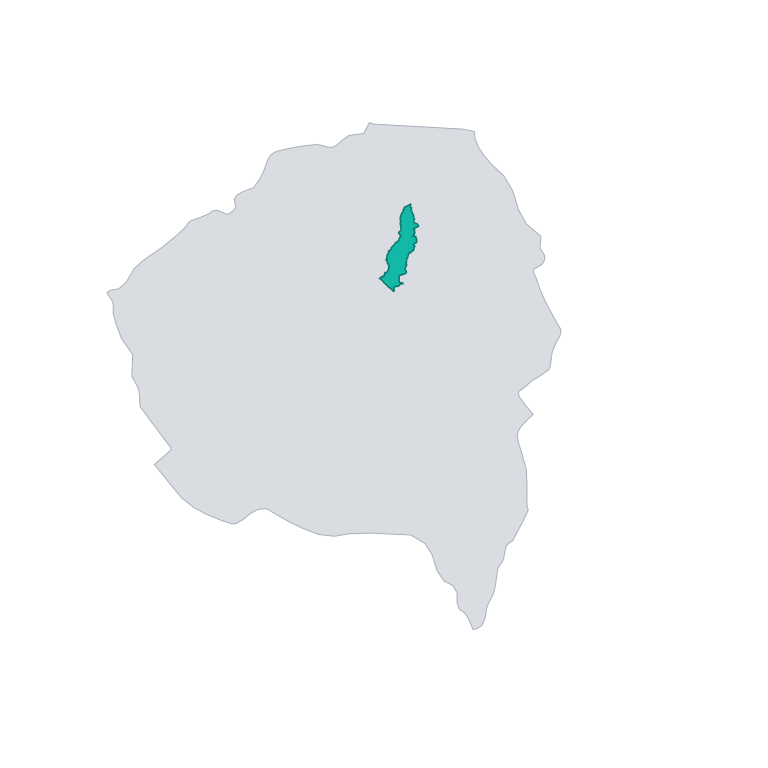 Chivi, Masvingo, Zimbabwe shown in context, rotated 231°
{"feature_id": "62879985B12004776276546", "entity_name": "Chivi", "entity_type": "district", "adm_level": 2, "iso_a3": "ZWE", "parent_name": "Zimbabwe", "parent_adm1": "Masvingo", "projection": "mercator", "projection_center": [30.666, -20.5], "detail": "fine", "context": "in_parent", "style": "filled", "palette": "teal", "viewbox_px": 768, "rotation_deg": 231, "n_neighbors": 0, "source": "geoboundaries", "source_scale": "gbopen_adm2", "svg_char_len": 7685}
<svg xmlns="http://www.w3.org/2000/svg" viewBox="0 0 768 768"><g transform="rotate(231 384 384)"><path d="M523.2,613.1L517.4,609.2L509.4,606.6L499.3,605.4L486.2,605.9L470.1,608.1L452.9,605.5L434.4,598.1L419.1,595.4L400.8,598.7L400.0,598.7L396.8,596.2L391.8,590.8L383.5,589.9L381.2,588.6L379.3,586.6L378.1,584.0L377.6,581.2L379.0,572.3L378.2,571.3L376.0,570.2L371.4,569.2L360.5,565.2L346.6,561.3L324.2,557.0L315.5,555.9L313.5,554.6L310.9,551.3L306.6,541.1L302.6,534.4L292.9,524.1L291.4,520.9L291.9,512.7L292.6,506.1L293.6,500.5L293.1,495.2L293.0,488.7L293.3,484.3L292.0,482.4L288.5,481.1L278.5,480.5L266.5,480.8L266.1,474.2L264.9,463.9L262.7,458.0L259.9,455.0L254.4,451.8L243.2,447.4L227.9,440.8L214.8,431.0L199.9,418.8L195.2,416.7L189.7,405.2L181.3,385.7L181.8,379.2L180.6,376.0L172.4,366.4L170.6,361.4L169.1,356.4L156.1,342.4L151.7,336.3L148.4,328.4L145.0,322.2L142.2,319.6L138.5,315.4L135.9,310.5L134.7,306.9L135.7,302.0L137.0,298.7L149.3,302.2L156.1,302.5L161.4,300.8L167.9,303.0L175.7,309.4L184.2,310.6L193.4,306.6L205.8,307.8L221.4,314.1L234.4,315.4L249.8,309.8L263.6,294.3L276.5,279.8L289.3,263.0L297.0,249.5L308.2,238.5L323.0,230.0L338.2,222.9L361.3,214.1L365.9,206.9L367.4,199.0L367.4,188.1L368.6,181.0L371.0,177.8L374.9,175.3L379.8,172.0L395.1,163.7L407.8,158.4L423.3,155.0L440.3,154.9L456.7,154.9L466.0,154.9L466.2,165.4L466.9,177.2L468.7,178.3L481.0,178.6L500.8,179.4L519.9,180.2L532.0,188.8L536.1,190.6L548.8,192.9L564.9,207.2L584.4,208.6L597.7,213.0L609.5,218.0L616.3,223.9L620.7,225.2L626.6,225.6L629.5,226.2L628.9,230.4L624.9,237.6L625.4,248.0L630.9,262.3L631.6,274.8L629.9,296.8L630.0,318.2L630.6,325.8L631.5,330.9L632.6,333.7L632.4,336.8L629.1,345.8L626.5,355.3L626.4,359.1L625.4,361.8L623.5,364.1L615.0,368.5L613.6,371.2L613.6,376.1L614.7,380.3L617.9,381.8L621.7,384.1L623.2,387.2L623.2,390.5L622.0,396.5L618.6,406.5L622.0,418.0L625.8,425.5L631.1,434.2L633.3,439.5L633.1,443.3L632.4,447.1L624.5,462.9L618.8,472.8L611.9,483.3L602.7,490.0L600.3,493.2L599.4,496.8L599.7,504.7L599.3,513.1L591.4,525.9L596.3,536.9L595.2,537.9L592.5,539.5L581.2,551.9L569.8,564.5L561.5,573.7L552.0,584.2L541.3,595.9L532.2,606.0L523.2,613.1Z" fill="#d9dde1" stroke="#a8b0b8" stroke-width="1"/><path d="M508.5,511.1L508.4,511.0L508.2,511.0L508.1,510.9L507.8,510.3L507.5,509.9L507.5,509.7L507.2,509.4L507.4,509.2L507.4,508.6L507.3,508.4L507.1,508.4L506.9,508.6L506.7,508.8L506.0,507.0L505.9,506.7L505.8,506.3L505.7,505.6L505.5,505.1L504.8,503.9L504.7,503.9L504.3,502.9L504.1,502.7L503.8,502.2L503.2,501.4L502.6,501.2L502.3,500.7L502.1,500.6L501.7,500.1L501.2,499.8L500.7,499.5L500.4,499.4L500.2,499.4L499.9,499.7L499.7,499.8L499.7,499.7L499.5,499.2L499.4,498.9L499.3,498.6L498.6,497.7L497.9,497.1L497.6,497.0L497.0,497.4L496.8,497.4L496.5,497.1L496.3,496.8L496.1,496.2L495.9,496.0L495.4,495.7L494.7,495.4L494.3,495.1L493.7,494.8L493.4,494.5L492.8,494.2L492.7,493.9L492.7,493.4L492.6,493.1L492.6,492.2L492.7,491.5L492.5,491.1L492.5,490.7L492.4,490.5L492.0,490.6L491.8,490.5L491.3,490.2L491.2,490.2L490.5,490.3L490.3,490.3L490.1,490.1L489.8,490.1L489.6,490.1L489.4,490.4L489.2,490.8L488.7,490.8L488.6,490.0L488.3,489.6L488.1,489.1L487.8,487.9L487.7,487.6L487.3,487.1L487.1,486.7L486.3,486.1L486.2,485.9L486.1,485.5L486.3,485.1L486.3,484.6L486.2,484.4L486.2,483.9L486.2,483.6L486.3,483.4L486.4,483.2L486.6,483.0L486.6,482.6L486.4,482.1L486.4,481.7L486.2,480.8L486.0,480.3L485.7,479.7L485.8,479.3L485.8,479.0L485.4,478.0L485.5,477.8L485.7,477.5L485.6,477.3L485.4,476.9L485.3,476.4L485.5,476.0L485.5,475.9L485.4,475.7L484.2,474.2L484.1,473.9L484.1,473.4L484.3,473.0L484.4,472.8L484.4,472.1L484.5,471.5L484.5,471.1L484.4,470.9L483.5,470.5L483.0,469.8L482.9,469.6L482.5,469.2L482.4,469.1L482.5,468.0L482.3,467.7L482.1,467.6L481.9,467.4L481.7,466.9L481.4,466.7L480.9,466.3L480.7,465.9L480.2,465.5L479.8,465.4L479.5,465.2L479.4,464.9L479.5,464.5L479.6,464.2L479.3,463.8L479.2,463.7L478.7,463.6L478.5,463.8L478.3,464.1L478.1,464.3L478.0,464.2L477.8,464.0L477.5,463.7L477.0,463.3L476.3,463.0L475.9,463.0L475.7,463.1L475.5,462.9L475.5,462.6L475.3,462.4L475.2,462.3L474.9,462.5L474.7,462.6L474.4,462.8L474.2,462.8L473.9,462.7L473.6,462.8L473.5,462.7L473.3,462.4L473.0,462.2L472.8,462.2L472.4,462.2L472.1,462.1L471.9,461.8L471.9,461.7L472.1,461.4L472.0,461.1L471.2,460.7L470.8,460.2L470.5,459.9L470.4,459.7L470.1,459.4L470.0,458.9L469.8,458.7L469.7,458.3L469.2,457.5L469.2,457.4L469.3,456.9L469.0,456.2L469.1,455.9L469.1,455.7L469.8,455.2L470.0,455.0L470.0,454.9L469.2,454.1L469.1,453.6L468.6,453.5L468.6,452.8L468.2,452.7L467.7,451.9L468.1,451.4L467.9,451.3L467.7,451.1L467.8,450.8L468.1,450.3L468.8,450.4L469.0,449.8L468.8,449.6L468.9,449.2L468.5,448.9L468.5,448.3L468.4,447.7L469.0,447.1L468.8,446.8L468.3,447.1L468.3,447.4L463.4,447.9L462.1,447.6L461.3,448.1L458.8,448.3L456.7,448.5L456.1,448.6L455.0,448.9L454.7,449.2L449.9,449.7L449.8,449.9L449.8,450.0L449.9,450.4L450.3,450.6L450.6,450.8L450.9,451.1L451.2,451.1L451.4,451.1L451.4,451.4L451.6,451.8L451.8,452.0L452.0,452.0L452.5,452.4L452.9,452.5L452.9,452.8L452.7,453.0L452.5,453.6L452.6,453.8L452.6,454.0L452.7,454.5L452.7,454.8L452.2,454.8L451.9,455.0L451.7,455.5L451.6,455.9L451.4,456.2L451.3,456.4L451.1,456.4L450.8,456.7L450.8,456.8L450.9,457.0L451.0,457.3L451.1,457.7L451.2,457.9L451.3,458.5L451.2,459.7L451.0,460.1L451.0,460.3L451.0,460.6L450.9,460.7L450.9,460.9L450.9,461.0L450.6,461.0L450.4,461.1L450.1,461.7L450.3,461.7L450.5,461.8L450.7,462.2L450.8,462.2L451.5,461.4L453.3,459.8L458.5,463.7L458.5,463.9L458.4,464.3L458.6,464.5L458.3,465.2L458.3,465.6L458.0,465.7L457.8,466.0L457.8,466.4L457.8,466.7L457.5,466.9L457.4,466.9L457.3,467.1L457.3,467.4L456.3,470.1L456.2,470.7L456.3,470.9L456.7,471.5L456.9,471.9L457.2,472.1L457.4,472.2L458.2,472.2L458.6,472.3L458.7,472.5L459.0,472.4L460.8,473.0L461.0,473.3L461.1,473.8L461.0,474.1L461.1,474.5L461.3,475.1L462.4,476.6L462.8,477.0L463.2,476.8L463.5,476.5L464.0,477.3L464.2,477.5L464.3,477.8L464.5,478.1L465.7,479.2L465.9,479.3L466.8,480.2L467.2,480.7L467.2,481.0L467.0,481.4L467.1,481.6L467.6,482.2L468.3,483.2L469.1,484.1L469.5,484.9L470.0,485.8L470.2,486.1L470.2,486.4L470.1,486.5L469.7,486.5L469.4,486.7L469.2,487.0L469.2,487.4L469.4,487.9L469.5,488.4L469.6,488.8L469.5,489.2L469.5,489.4L469.5,489.7L469.5,489.9L469.7,490.3L469.6,490.7L469.4,490.8L469.5,490.9L469.5,491.3L469.8,491.8L470.0,492.3L470.6,492.7L471.2,492.8L471.3,492.9L471.5,493.3L471.5,493.6L471.3,494.1L471.3,494.3L471.5,494.6L471.8,494.7L472.2,494.8L473.4,494.6L473.7,494.6L474.0,494.7L474.2,494.9L474.2,495.5L474.1,496.0L474.0,496.3L473.6,497.1L473.5,497.7L473.6,498.1L473.7,498.7L474.1,499.3L474.7,499.4L475.4,499.8L475.8,500.1L476.0,500.4L476.5,500.8L477.3,501.0L478.1,501.1L478.5,501.2L478.7,501.4L478.9,501.1L479.3,500.7L480.7,499.7L480.9,499.6L481.2,500.2L481.3,500.8L480.9,501.2L481.1,501.7L481.3,501.9L481.8,501.9L482.0,502.3L482.2,503.3L482.3,503.4L482.5,503.4L483.2,503.3L483.5,503.5L483.9,504.0L484.0,504.7L484.1,504.8L484.9,504.6L485.5,504.6L485.8,504.4L486.0,504.5L485.8,505.3L485.7,506.2L485.6,506.8L485.5,507.3L485.1,508.9L484.8,509.4L484.8,510.0L485.0,510.3L485.6,510.3L485.9,510.4L486.1,510.5L487.4,510.5L487.9,510.5L488.3,510.1L489.0,509.8L489.6,509.3L490.1,509.0L490.6,508.9L491.6,509.6L492.7,510.6L492.8,510.8L492.6,511.0L492.6,511.3L492.9,511.4L493.2,511.5L493.5,511.5L494.4,511.9L494.9,512.2L495.5,512.4L496.0,512.9L496.5,513.2L497.3,513.4L498.2,513.4L498.7,513.6L499.2,513.7L500.0,514.2L500.5,514.2L501.3,514.3L501.9,514.6L502.4,515.0L502.8,515.4L503.4,516.2L503.6,516.4L504.2,516.1L504.4,516.0L504.7,516.0L505.0,516.1L505.3,516.2L505.6,516.5L506.1,517.2L506.3,517.5L506.6,517.7L507.1,517.8L507.2,517.4L507.4,516.4L508.2,511.2L508.5,511.1Z" fill="#14b8a6" stroke="#0f766e" stroke-width="1.5"/></g></svg>